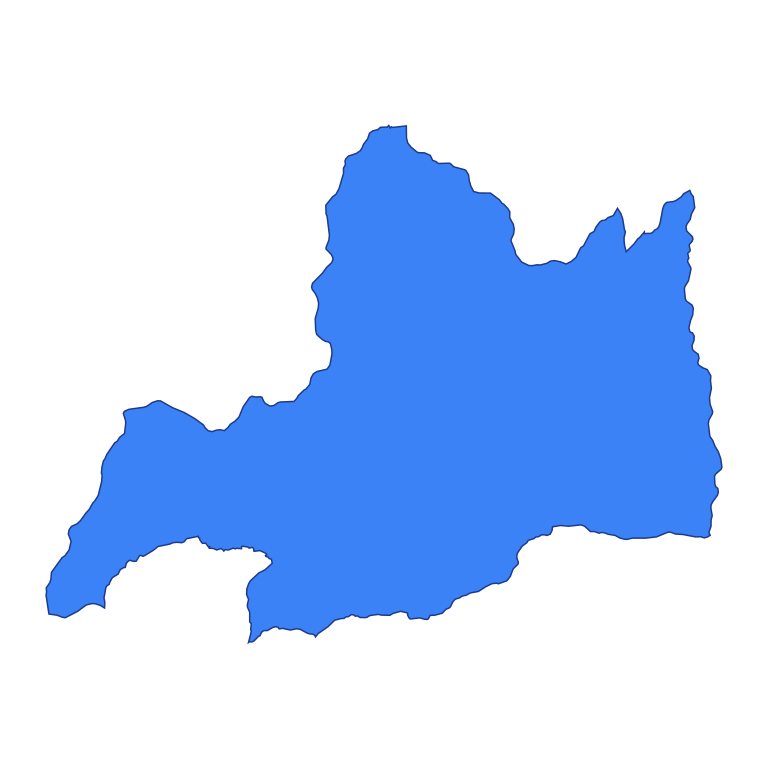 Susacón, Boyacá, Colombia (Albers equal-area conic projection)
{"feature_id": "7082276B12166433159462", "entity_name": "Susacón", "entity_type": "district", "adm_level": 2, "iso_a3": "COL", "parent_name": "Colombia", "parent_adm1": "Boyacá", "projection": "albers", "projection_center": [-72.721, 6.224], "detail": "fine", "context": "isolated", "style": "filled", "palette": "blue", "viewbox_px": 768, "rotation_deg": 0, "n_neighbors": 0, "source": "geoboundaries", "source_scale": "gbopen_adm2", "svg_char_len": 6104}
<svg xmlns="http://www.w3.org/2000/svg" viewBox="0 0 768 768"><path d="M718.2,451.5L715.1,446.5L712.8,440.6L709.9,436.4L708.3,423.7L708.9,420.0L712.3,413.8L712.7,411.7L710.1,404.2L709.5,397.5L711.4,388.4L710.5,380.8L710.8,375.8L707.3,369.6L702.6,367.7L698.6,365.0L697.7,362.9L699.0,358.2L698.2,354.3L693.9,351.1L692.5,349.4L692.0,345.7L694.0,340.4L694.2,336.0L692.4,332.8L690.6,332.3L689.7,331.3L688.9,327.7L690.5,320.7L692.7,314.9L693.3,308.4L692.1,305.1L686.4,301.1L685.3,298.6L684.4,289.5L684.7,286.9L688.4,280.9L690.9,269.5L690.7,267.5L687.7,261.9L687.8,259.8L688.8,258.2L687.7,253.3L689.8,251.3L690.2,250.2L689.2,245.7L689.5,244.2L692.1,241.4L692.9,239.2L692.4,236.7L686.7,231.0L686.0,227.0L686.8,224.3L690.2,219.5L691.3,214.3L694.7,207.7L693.3,196.6L691.1,193.7L689.8,190.4L683.5,193.8L681.5,196.7L676.0,200.5L673.5,201.5L666.7,202.4L665.3,203.6L664.0,205.3L662.7,209.0L660.1,223.0L658.7,226.9L657.1,228.9L654.8,230.0L652.5,232.5L650.6,233.4L644.3,233.5L644.3,232.0L640.0,237.1L637.5,239.2L633.9,244.1L626.2,251.7L624.6,245.6L624.1,240.7L624.1,237.6L625.4,232.0L624.4,229.3L622.7,218.9L620.8,213.5L617.5,208.3L613.3,215.6L608.0,217.6L605.2,220.1L601.7,220.6L599.7,222.1L595.8,227.4L594.1,231.5L590.0,233.7L583.5,245.9L580.9,247.6L580.1,248.9L576.1,257.3L571.3,261.4L566.1,264.0L560.0,261.7L554.5,260.6L550.5,261.1L546.9,263.3L540.2,265.0L536.9,264.8L532.2,265.7L528.8,265.5L521.7,262.1L515.7,254.4L514.9,250.5L511.0,240.8L511.2,239.2L513.6,234.0L514.2,229.1L513.3,224.3L509.7,217.8L509.8,211.8L507.7,208.4L503.8,204.3L501.9,203.2L499.4,199.8L490.5,193.1L479.3,193.0L473.6,191.5L470.8,186.0L469.2,180.4L468.6,175.1L466.1,170.7L464.9,169.8L453.7,166.8L450.3,163.5L449.2,163.2L438.3,163.5L436.0,161.6L432.6,160.3L430.3,155.4L424.7,152.9L418.2,152.6L416.8,151.9L411.0,147.1L407.7,142.9L406.5,138.0L406.3,125.9L392.9,127.4L391.4,126.8L390.2,128.0L388.8,125.5L387.5,127.0L380.5,127.3L377.8,129.6L372.7,130.9L369.5,133.2L367.7,138.7L363.4,144.5L362.3,147.5L360.2,150.8L356.2,153.5L348.5,156.0L345.9,158.7L345.0,161.0L345.4,164.8L343.5,168.1L343.5,173.4L339.1,188.5L335.9,194.4L332.7,196.7L325.8,205.2L326.1,214.0L327.1,216.3L329.4,235.1L328.9,240.1L326.1,247.3L326.0,249.0L331.4,254.6L332.7,257.4L333.0,259.6L331.6,262.7L326.7,267.3L322.3,273.3L312.5,283.3L311.6,287.0L312.3,289.5L315.3,293.6L317.4,297.8L318.6,303.2L318.3,307.9L315.2,318.6L315.7,330.4L316.7,334.4L319.5,337.1L322.5,339.7L325.6,341.4L328.5,341.9L330.4,343.6L331.8,349.7L332.0,353.8L329.9,365.1L327.0,369.2L317.0,371.5L313.4,373.8L311.1,377.7L309.7,384.6L305.8,389.2L304.0,390.1L298.4,395.5L296.6,398.6L294.1,401.4L280.6,402.0L277.9,402.7L273.9,405.5L270.0,406.1L265.3,403.4L263.7,401.3L261.9,397.2L260.2,396.8L255.5,397.0L251.9,396.2L249.6,397.5L243.2,406.8L239.0,417.0L235.0,421.2L230.5,424.1L227.7,427.8L224.3,430.6L220.0,429.7L216.2,430.2L212.2,431.6L208.3,430.8L205.5,428.2L203.4,424.9L194.8,418.6L184.2,412.5L172.8,407.8L160.5,400.9L157.4,400.8L152.3,402.5L147.1,406.1L144.2,407.2L129.0,409.3L124.4,411.3L123.3,413.3L125.6,420.8L125.7,423.6L124.5,433.5L119.9,437.1L117.1,441.3L114.7,442.8L106.9,454.3L105.0,458.8L103.4,460.9L102.0,466.9L101.4,473.0L102.1,475.2L101.7,481.3L98.2,495.5L94.8,501.0L92.8,503.0L89.2,509.5L86.2,512.7L80.5,520.6L77.1,523.8L71.5,526.4L69.2,529.6L68.3,534.0L71.1,541.3L69.1,550.0L65.0,555.7L62.1,557.6L51.5,572.3L50.9,579.1L49.9,582.5L46.2,588.0L46.6,591.6L46.1,595.4L48.9,614.0L57.1,615.2L62.6,617.3L65.3,617.7L77.5,611.4L86.2,605.0L91.7,603.6L94.9,603.7L100.1,605.3L104.6,608.0L104.8,602.2L104.0,597.9L105.9,587.4L107.1,585.6L109.1,584.4L110.1,581.6L112.4,577.6L118.1,574.1L120.3,569.5L123.8,567.6L125.3,567.4L126.3,563.3L128.3,561.1L129.6,560.3L133.9,561.4L136.2,561.2L139.6,555.7L140.7,555.3L142.9,556.3L144.3,555.8L153.3,550.3L158.0,546.5L169.7,544.1L173.0,542.7L176.9,542.3L182.0,542.7L184.3,541.6L186.6,538.7L198.3,536.3L198.5,537.7L199.6,538.1L199.8,539.7L201.7,542.6L202.6,543.3L205.7,543.2L208.1,546.5L209.6,546.7L208.9,547.6L209.3,548.3L213.1,548.4L216.8,550.0L220.9,548.5L222.9,549.8L223.8,551.1L225.2,549.6L228.5,550.0L233.2,548.1L235.2,548.9L236.4,548.3L241.5,548.7L241.6,546.7L242.4,546.2L247.8,547.0L249.1,548.1L252.2,547.4L253.5,548.4L254.0,551.3L259.9,550.6L265.2,553.0L266.7,554.3L266.7,554.9L265.5,555.4L265.8,556.4L268.0,557.0L269.2,558.6L271.4,559.2L272.2,563.3L264.9,569.9L258.9,572.9L250.4,580.8L248.7,583.6L246.8,589.1L246.6,594.5L248.6,599.6L247.4,604.2L247.4,606.9L249.7,612.3L249.7,622.0L251.3,623.6L250.7,629.4L251.3,631.6L248.5,642.5L249.5,641.8L252.1,641.9L254.3,640.7L258.5,636.3L260.0,635.7L261.4,632.6L262.6,631.3L264.2,630.6L267.3,630.6L272.9,627.4L275.9,626.7L277.9,627.2L279.2,628.9L282.6,628.4L290.3,630.0L296.6,628.8L300.2,629.3L306.9,633.0L309.7,633.9L312.7,634.1L314.4,635.0L315.5,636.9L318.1,633.6L328.1,626.6L334.7,620.2L340.4,618.7L343.9,618.4L346.0,616.9L348.2,616.7L351.5,614.6L353.7,614.9L355.3,616.2L357.3,615.9L360.2,617.5L365.1,617.6L367.1,617.3L369.3,615.8L371.3,615.3L378.3,614.4L381.5,615.1L389.9,615.3L393.0,613.4L400.7,611.3L407.6,613.0L407.6,615.2L409.4,618.4L410.3,619.0L419.8,617.9L424.8,619.3L427.4,619.4L428.4,618.8L430.1,615.4L434.8,615.2L442.3,613.2L445.9,609.3L449.3,607.9L450.4,606.8L453.0,601.6L455.2,599.2L459.7,597.8L462.0,596.2L466.4,595.1L470.2,593.0L478.5,591.4L485.9,586.6L492.2,583.6L496.8,583.2L498.4,583.8L507.0,580.7L510.3,576.4L513.1,569.0L518.0,564.1L518.4,562.5L516.9,558.0L516.8,555.6L517.5,553.0L522.2,546.1L526.8,542.7L528.2,540.4L533.9,538.6L536.0,536.9L538.3,536.8L541.5,534.9L544.3,534.8L546.9,535.4L550.2,534.2L552.1,530.3L552.5,526.8L560.5,525.5L568.5,526.2L581.0,524.9L584.6,526.2L590.5,531.6L594.7,531.6L599.0,533.2L601.3,532.5L605.0,532.9L607.8,534.2L615.1,535.4L619.8,538.0L625.0,539.3L627.4,539.3L632.5,538.1L645.7,538.1L656.4,536.9L667.7,532.3L670.2,532.0L675.4,534.0L682.9,534.5L695.6,536.9L700.5,536.7L704.4,537.9L707.6,536.9L710.2,535.3L708.9,532.4L711.0,526.3L711.1,519.9L712.2,515.7L710.9,508.3L711.1,504.8L713.0,501.3L717.4,495.4L718.3,492.3L717.8,488.4L715.7,486.7L714.9,484.0L714.5,476.3L715.7,474.0L721.2,469.2L721.9,467.1L720.7,458.6L718.2,451.5Z" fill="#3b82f6" stroke="#1e3a8a" stroke-width="1.5"/></svg>